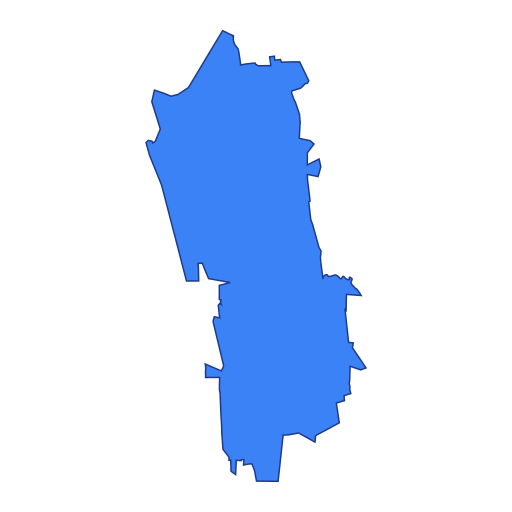 outline of Jaumave, Tamaulipas, Mexico
{"feature_id": "50627088B13423922112488", "entity_name": "Jaumave", "entity_type": "district", "adm_level": 2, "iso_a3": "MEX", "parent_name": "Mexico", "parent_adm1": "Tamaulipas", "projection": "equal_earth", "projection_center": [-99.351, 23.47], "detail": "fine", "context": "isolated", "style": "filled", "palette": "blue", "viewbox_px": 512, "rotation_deg": 0, "n_neighbors": 0, "source": "geoboundaries", "source_scale": "gbopen_adm2", "svg_char_len": 3157}
<svg xmlns="http://www.w3.org/2000/svg" viewBox="0 0 512 512"><path d="M154.4,90.1L151.8,101.7L160.3,129.1L155.3,141.3L152.7,143.0L152.0,141.2L148.3,140.4L146.0,142.7L149.5,155.2L161.6,185.1L186.5,281.0L198.7,281.0L198.4,267.1L198.1,263.3L202.4,263.3L203.8,267.1L208.6,278.6L218.0,280.3L230.2,282.5L220.4,285.1L219.3,285.3L219.3,299.6L220.4,299.7L220.9,299.8L220.9,300.7L220.4,302.3L220.7,303.4L221.0,303.7L221.3,304.0L221.4,304.6L220.1,303.6L219.8,303.5L218.2,305.3L218.7,308.8L219.2,314.2L219.8,317.9L214.3,316.7L213.5,319.5L213.1,321.7L223.5,365.0L223.3,367.1L221.3,370.9L205.2,364.0L205.6,365.9L205.7,368.1L205.6,370.6L205.5,372.8L205.5,373.9L205.6,374.3L205.6,374.5L205.6,375.2L205.6,376.5L205.6,377.5L219.6,377.4L219.4,389.4L219.9,392.2L220.1,393.7L220.7,408.9L220.9,413.6L221.7,427.1L221.8,433.6L221.9,434.3L223.0,449.4L228.9,457.0L229.0,460.3L230.7,460.2L231.0,468.1L230.9,469.4L231.1,471.4L235.6,474.5L236.3,460.3L241.2,460.7L241.3,459.6L243.9,459.6L243.5,465.1L246.1,464.4L247.3,464.3L249.8,463.9L252.0,464.0L254.2,469.7L254.5,470.4L256.5,481.1L278.1,481.3L283.1,435.1L288.3,434.9L292.6,434.1L298.7,433.0L315.0,442.1L315.6,435.6L339.3,422.8L338.4,416.9L336.3,403.0L344.4,400.7L344.1,395.6L350.8,393.5L349.7,389.3L350.0,387.1L349.2,383.4L349.6,381.1L349.8,377.5L349.8,376.5L350.1,366.3L353.7,367.5L360.7,369.9L366.0,367.9L352.4,347.7L353.3,342.9L350.1,342.5L348.6,342.4L346.2,320.3L345.0,309.3L345.8,307.9L345.7,310.7L346.1,310.8L346.4,294.4L361.2,295.5L358.1,290.7L356.5,288.9L355.3,288.3L351.8,284.4L351.7,284.1L351.3,283.6L351.0,283.1L351.0,282.7L351.2,281.6L351.3,281.2L351.6,280.8L351.8,280.1L352.1,279.6L352.0,278.8L351.2,278.0L350.6,277.6L350.2,277.3L349.9,277.2L349.5,277.3L349.4,277.4L349.3,277.8L349.4,278.9L349.5,279.2L349.4,279.6L349.1,279.8L348.7,279.8L347.3,279.4L346.8,279.1L346.4,279.0L345.2,278.1L343.8,276.5L343.3,276.4L342.9,276.4L342.6,276.6L342.3,277.1L342.2,277.3L341.7,278.3L341.4,278.6L341.0,278.8L340.7,278.8L340.3,278.7L339.8,278.3L339.5,277.7L338.6,276.9L337.3,275.7L336.5,275.3L336.1,275.1L335.2,274.9L332.9,275.6L331.5,276.2L331.1,276.0L329.9,276.4L329.0,276.5L328.5,276.4L328.1,276.2L327.9,275.9L327.6,275.1L327.3,274.9L327.0,274.7L326.5,274.7L325.2,275.0L324.9,275.3L323.8,276.0L323.4,276.6L323.0,276.9L323.0,279.1L320.9,263.0L320.4,257.7L321.1,251.2L319.0,247.5L312.5,224.1L310.8,219.7L308.7,201.7L310.1,201.1L307.5,179.5L307.3,174.6L309.8,174.9L314.2,175.8L317.8,176.5L318.0,176.6L318.9,173.7L320.8,166.8L319.1,159.0L307.3,164.9L307.4,152.7L314.0,144.0L310.2,140.7L307.6,140.1L299.3,138.4L300.0,124.3L300.2,123.4L300.2,122.8L299.5,114.4L295.6,102.8L292.8,96.9L293.0,96.6L291.4,92.6L292.1,90.8L300.6,88.2L302.7,86.3L305.2,83.7L307.5,83.2L308.7,80.8L308.7,80.6L299.7,61.9L291.0,61.9L288.3,62.0L281.5,62.2L280.8,60.6L280.5,59.6L274.7,60.1L274.4,56.2L269.6,56.8L270.8,65.6L258.4,65.8L255.6,64.3L255.3,63.2L255.0,63.0L246.4,63.9L240.5,65.0L240.6,63.9L238.7,51.3L237.9,48.6L234.8,44.7L233.4,40.7L233.3,38.7L233.4,36.7L233.0,36.4L233.4,35.8L233.4,35.7L228.9,33.8L226.1,32.3L222.6,30.7L210.2,51.3L197.5,72.5L188.5,87.5L178.1,94.4L171.0,96.2L164.2,93.4L154.4,90.1Z" fill="#3b82f6" stroke="#1e3a8a" stroke-width="1.5"/></svg>